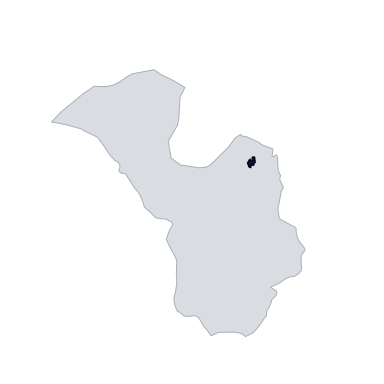 Braslavas pag., Alojas, Latvia (highlighted), rotated 49°
{"feature_id": "27541924B13565408041411", "entity_name": "Braslavas pag.", "entity_type": "district", "adm_level": 2, "iso_a3": "LVA", "parent_name": "Latvia", "parent_adm1": "Alojas", "projection": "mercator", "projection_center": [24.998, 57.744], "detail": "fine", "context": "in_parent", "style": "filled", "palette": "ink", "viewbox_px": 384, "rotation_deg": 49, "n_neighbors": 0, "source": "geoboundaries", "source_scale": "gbopen_adm2", "svg_char_len": 3647}
<svg xmlns="http://www.w3.org/2000/svg" viewBox="0 0 384 384"><g transform="rotate(49 192 192)"><path d="M272.8,281.3L270.7,280.9L265.0,278.6L260.1,275.3L257.2,270.8L252.1,264.7L248.8,261.5L243.6,257.6L234.9,249.5L231.8,247.7L216.4,244.1L210.8,242.5L205.7,233.4L204.0,228.0L201.5,227.1L198.7,228.2L195.7,229.3L188.8,235.5L186.5,236.4L182.2,236.5L172.1,237.9L167.6,235.6L159.6,233.1L155.3,232.7L151.5,232.7L134.5,230.3L131.4,233.0L128.3,233.5L125.2,229.3L121.5,228.1L117.3,229.6L109.7,229.7L100.7,228.4L89.3,227.4L87.6,227.8L74.8,233.3L71.7,234.2L57.9,243.4L47.0,252.0L45.7,238.2L46.4,210.4L48.0,196.5L55.6,188.4L59.4,182.1L61.6,173.6L62.3,165.7L63.8,159.2L74.8,140.4L83.5,138.3L95.2,133.1L108.4,128.7L110.9,134.3L112.2,138.5L128.1,153.9L132.1,159.1L138.2,176.7L152.9,185.6L164.4,182.8L169.4,178.4L178.7,170.5L182.8,164.6L183.6,159.0L182.0,134.7L179.5,124.2L180.4,117.5L182.0,117.9L185.9,114.7L198.8,108.8L201.4,108.5L204.3,107.3L212.5,102.7L215.1,105.2L217.2,107.9L218.5,107.9L219.0,106.9L218.9,105.1L219.4,103.9L221.8,104.6L231.2,112.0L234.8,113.7L237.3,114.2L240.2,117.7L248.3,120.0L249.3,121.8L249.9,124.0L257.4,133.4L260.8,138.1L267.5,142.4L270.3,143.4L282.0,139.0L285.3,137.5L288.0,137.5L290.7,139.8L297.0,142.9L302.6,143.8L303.7,143.6L308.5,143.9L310.2,145.1L311.3,151.1L316.7,155.7L321.8,159.6L323.1,161.4L323.5,164.8L323.2,168.8L322.5,170.9L320.4,173.3L318.6,179.3L318.3,185.0L315.4,194.9L316.0,195.1L322.2,193.3L323.9,194.3L325.2,196.5L325.7,202.7L327.7,205.5L329.7,209.8L330.4,213.1L334.3,217.1L334.6,219.7L337.0,228.8L337.9,234.1L338.3,238.1L337.1,243.3L336.1,246.7L334.9,246.5L331.4,247.4L325.8,251.6L317.6,261.4L315.5,263.6L313.3,271.0L312.8,271.8L308.0,271.4L306.7,271.2L301.9,271.4L291.5,269.5L287.4,270.7L282.1,278.2L280.1,279.3L273.9,280.4L272.8,281.3Z" fill="#d9dde1" stroke="#a8b0b8" stroke-width="1"/><path d="M208.2,122.9L207.9,122.9L207.7,122.9L207.8,122.8L207.9,122.7L206.9,122.1L206.7,122.0L206.4,122.2L206.2,122.3L206.0,122.5L205.9,122.8L205.8,123.0L205.6,123.2L205.6,123.3L205.6,123.5L205.8,123.7L205.7,123.8L205.8,123.9L205.8,124.0L205.9,123.9L206.0,123.9L206.3,123.9L206.5,123.9L206.7,124.0L206.8,124.0L207.0,124.1L207.1,124.3L207.3,124.4L207.4,124.5L207.6,124.7L207.6,124.8L207.7,125.0L207.7,125.3L207.8,125.6L207.5,125.8L207.4,125.8L207.1,126.0L206.9,126.3L206.7,126.6L206.8,126.9L206.6,126.9L206.3,126.9L206.4,127.0L206.3,127.4L206.2,127.4L206.1,127.5L206.0,127.4L206.0,127.5L205.9,127.5L205.7,127.5L205.4,127.7L205.5,127.9L205.6,128.1L205.6,128.3L205.8,128.5L205.8,128.8L205.9,129.0L206.0,129.2L206.1,129.3L206.1,129.5L206.1,129.8L206.3,129.9L206.2,129.7L206.3,129.7L206.3,129.8L206.4,129.7L206.4,129.8L206.4,130.0L206.5,130.0L206.8,130.2L207.0,130.4L207.0,130.5L206.9,130.7L206.9,130.8L206.9,131.0L207.6,131.6L208.0,131.5L208.1,131.3L208.3,131.3L208.5,131.3L208.6,131.5L208.8,131.5L209.0,131.7L209.3,131.7L209.3,132.0L210.3,132.0L210.3,132.4L210.6,132.4L211.0,132.4L211.1,132.2L211.3,132.1L211.7,131.9L211.9,131.7L212.0,131.6L211.8,131.4L211.7,131.2L211.3,130.9L211.2,130.7L210.8,130.4L210.7,130.7L210.5,130.4L210.5,130.2L210.8,130.2L210.7,129.6L210.8,129.6L210.9,129.4L211.0,129.3L211.0,129.0L211.0,128.9L211.2,128.7L211.4,128.5L211.6,128.4L211.4,128.0L211.5,127.9L211.8,127.8L211.9,127.7L212.0,127.7L211.9,127.5L211.6,127.2L211.4,126.9L211.3,126.7L211.2,126.7L211.1,126.4L211.0,126.2L211.0,125.5L211.0,125.4L211.1,125.0L211.1,124.9L210.9,124.8L210.7,124.9L210.4,124.7L210.2,124.7L210.0,124.4L209.9,124.4L209.8,124.2L209.7,124.1L209.6,123.9L209.4,124.1L209.2,124.2L208.9,124.2L208.8,123.9L208.7,123.8L208.6,123.5L208.5,123.3L208.5,123.2L208.2,122.9Z" fill="#0f172a" stroke="#020617" stroke-width="1.5"/></g></svg>